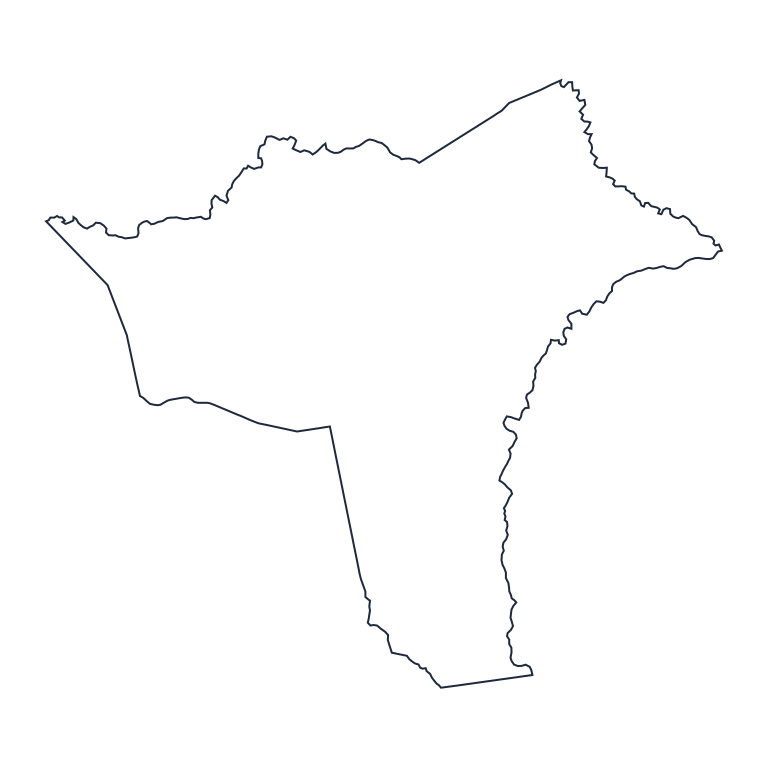 the district of Brumado, Bahia, Brazil
{"feature_id": "56859067B23298098708687", "entity_name": "Brumado", "entity_type": "district", "adm_level": 2, "iso_a3": "BRA", "parent_name": "Brazil", "parent_adm1": "Bahia", "projection": "natural_earth1", "projection_center": [-41.652, -14.215], "detail": "fine", "context": "isolated", "style": "outline", "palette": "slate", "viewbox_px": 768, "rotation_deg": 0, "n_neighbors": 0, "source": "geoboundaries", "source_scale": "gbopen_adm2", "svg_char_len": 5972}
<svg xmlns="http://www.w3.org/2000/svg" viewBox="0 0 768 768"><path d="M667.0,267.9L670.6,268.3L673.2,268.8L676.7,268.4L681.2,266.1L685.3,262.2L689.7,259.7L695.2,258.1L698.6,257.9L701.8,258.4L705.3,258.9L709.6,259.1L713.1,258.1L715.5,254.9L718.1,251.5L721.9,250.7L720.4,247.7L718.9,244.5L715.6,245.5L713.5,243.7L714.2,240.7L711.7,237.4L708.5,236.3L705.8,236.0L701.9,235.2L699.6,234.1L697.7,231.1L696.0,227.1L692.0,224.0L689.4,220.0L686.7,217.9L683.1,215.9L678.3,218.2L675.7,217.6L673.0,216.4L670.3,213.7L670.0,209.1L666.4,208.2L663.4,209.7L661.4,214.2L658.2,213.4L659.8,209.5L657.5,207.7L654.9,207.0L651.1,206.1L648.3,202.9L645.2,203.0L643.9,206.6L641.4,205.5L639.9,201.3L636.7,199.1L634.8,196.8L634.2,193.6L631.3,193.4L629.1,191.3L626.0,189.7L625.5,186.7L621.6,186.2L618.5,186.4L615.2,186.4L613.1,184.1L614.7,180.6L612.6,178.7L609.7,177.4L606.1,176.5L606.6,171.9L606.8,167.7L602.9,168.0L598.7,167.7L594.3,164.3L594.9,161.2L597.0,158.0L593.0,154.6L590.8,152.4L592.1,148.4L591.5,144.6L589.0,141.1L590.0,137.5L591.6,134.1L587.9,134.1L584.4,132.1L586.3,129.8L588.8,126.3L590.4,122.4L587.5,121.6L584.3,121.5L581.3,118.8L583.1,114.8L579.6,111.4L582.1,108.5L585.3,104.9L584.4,99.9L579.6,100.9L576.9,97.5L579.0,93.6L578.6,90.2L572.9,90.5L572.3,86.1L572.1,82.2L568.5,82.2L563.9,87.1L561.4,86.1L560.2,83.2L561.0,80.3L552.2,84.2L540.9,89.8L509.1,103.0L501.7,110.7L496.7,113.8L494.4,115.4L419.2,162.8L415.5,160.2L412.3,159.2L409.3,158.5L405.3,158.7L401.4,159.2L399.5,157.3L397.0,156.1L393.4,154.8L390.1,152.4L387.5,147.8L385.4,145.9L381.7,143.0L378.2,142.2L375.3,140.9L372.6,140.0L369.3,139.5L366.1,140.9L362.1,143.8L359.1,145.9L355.9,146.9L353.4,148.4L349.9,148.5L346.4,148.4L343.5,149.7L341.1,151.6L338.1,152.8L334.1,152.9L330.3,151.4L326.4,148.8L325.4,143.6L322.7,145.7L319.7,148.8L316.7,151.7L312.7,154.5L309.5,151.9L304.3,150.3L300.3,152.0L296.2,150.2L292.7,148.6L294.5,145.1L296.2,140.6L294.1,138.3L290.5,136.8L287.4,139.7L283.3,138.3L279.6,139.9L274.8,137.5L271.5,136.3L266.9,136.7L265.3,140.6L264.5,144.3L260.3,146.2L258.9,149.7L258.3,154.0L258.3,158.0L261.1,158.3L262.1,161.1L262.4,164.3L261.1,167.4L258.4,167.4L254.1,168.9L250.4,167.2L248.1,165.7L246.6,168.5L243.8,168.4L241.8,171.6L239.1,175.6L236.4,178.2L233.8,181.1L232.2,184.3L231.6,187.5L228.0,190.8L226.5,195.7L228.3,200.1L226.5,202.9L223.6,201.1L219.9,199.7L217.6,197.1L215.0,195.7L211.6,200.2L211.5,203.8L212.3,207.5L209.9,210.3L210.4,214.5L209.7,218.1L205.7,219.2L203.2,218.4L200.9,216.8L197.1,217.4L193.3,218.2L190.5,217.9L187.6,219.0L184.1,219.1L179.5,218.1L176.6,217.3L173.4,217.6L170.5,217.6L166.9,218.2L162.8,221.0L158.0,222.0L154.5,223.7L151.2,224.3L149.2,222.6L147.0,221.0L144.3,221.6L141.8,222.9L139.2,225.0L138.1,228.1L138.5,233.2L137.2,236.5L134.7,237.2L131.6,237.7L128.0,238.1L125.0,238.4L121.7,237.2L118.4,236.7L115.5,235.2L113.0,235.5L108.7,235.2L106.0,232.5L106.5,228.6L103.7,225.5L100.3,223.2L95.8,222.7L93.2,225.4L89.7,226.9L87.1,228.6L83.8,227.4L80.9,225.2L78.4,222.9L76.3,219.1L73.5,217.1L73.4,220.5L69.3,222.5L65.5,223.9L62.4,222.0L64.8,220.6L62.0,217.4L59.2,217.4L57.0,216.0L54.4,217.6L50.3,217.6L48.8,220.2L46.1,221.3L107.6,285.1L126.8,335.1L127.7,339.5L130.5,352.4L135.2,374.7L137.2,383.9L140.0,396.0L143.3,397.9L146.5,400.9L150.0,403.9L154.3,404.8L157.9,405.2L160.5,404.7L164.0,402.6L167.4,400.7L169.9,399.9L173.6,399.2L177.7,398.5L181.7,397.8L185.5,397.4L188.8,397.7L191.8,399.7L194.3,401.9L197.7,402.8L201.2,402.8L207.4,402.8L210.1,403.3L215.7,405.5L223.0,408.6L225.7,409.7L237.3,414.6L240.9,416.0L250.8,420.3L254.3,421.7L258.5,423.3L266.9,425.0L297.0,431.5L313.0,429.1L320.3,428.0L325.2,427.2L329.9,426.5L335.6,454.9L354.4,547.8L357.1,561.0L358.7,569.1L359.5,573.3L360.8,578.7L365.4,591.6L365.4,597.0L367.9,599.1L370.0,600.7L369.6,603.8L369.3,606.7L370.0,610.4L369.4,614.1L368.8,618.3L367.8,622.7L370.4,625.5L373.6,625.0L377.2,625.6L380.8,628.7L385.0,631.7L388.1,635.0L387.8,640.0L389.2,644.5L391.8,652.7L406.9,655.8L409.4,659.3L412.3,661.6L414.9,663.4L418.5,664.5L420.2,667.7L422.6,668.7L425.7,668.2L426.7,671.2L430.1,673.9L432.0,677.8L434.6,681.2L436.6,683.6L438.9,685.2L441.0,687.7L456.8,685.6L532.4,675.0L531.4,670.3L529.7,666.8L525.6,664.7L521.6,665.9L517.8,666.0L514.1,664.6L511.7,661.2L510.5,657.8L511.5,652.5L511.4,647.8L509.2,644.0L509.2,639.5L507.0,636.2L507.7,633.0L511.0,629.8L513.0,626.1L511.7,621.4L510.5,617.7L511.0,613.7L511.5,609.6L513.3,606.0L516.3,602.4L514.2,600.1L511.7,598.3L510.9,594.9L509.3,591.4L509.1,588.1L508.4,583.0L505.9,578.1L505.9,572.6L504.4,568.5L502.5,564.7L501.5,560.2L501.9,554.5L503.8,550.7L502.7,546.8L503.4,542.7L506.2,539.2L507.8,534.8L506.2,530.5L507.5,526.0L507.0,521.9L504.7,520.0L505.5,516.6L504.3,513.7L505.1,510.9L503.9,508.2L505.5,505.8L507.3,502.4L509.2,497.7L512.1,493.8L510.8,490.3L507.3,487.3L504.8,484.3L502.1,482.2L499.4,480.5L500.1,476.9L501.7,473.8L502.9,470.9L505.1,466.9L507.0,463.9L508.4,460.8L510.0,458.0L510.6,453.6L508.9,449.6L512.7,445.9L514.6,441.8L516.7,438.3L515.9,434.6L513.3,431.8L509.5,430.7L506.5,428.7L504.5,425.9L503.5,422.8L505.2,419.2L506.8,416.4L510.8,417.1L515.2,418.7L519.1,419.9L521.0,416.7L521.6,413.4L522.7,410.7L525.3,408.0L528.7,407.8L528.0,402.8L526.1,397.9L527.0,394.5L529.2,393.1L532.4,390.3L533.5,385.8L533.1,381.6L535.3,377.9L535.1,374.3L535.8,371.1L535.0,367.9L536.7,365.0L539.7,361.6L541.4,358.0L543.4,355.6L545.8,353.5L546.9,350.4L548.0,346.5L550.5,343.4L551.0,339.8L554.8,340.6L558.8,340.2L559.0,343.2L562.0,344.8L565.5,343.6L566.2,339.3L563.8,335.9L563.3,332.4L564.6,328.8L567.5,327.5L571.4,328.8L571.4,323.8L568.4,320.0L567.5,316.9L569.7,314.1L573.2,312.9L576.4,311.4L579.9,310.3L582.2,313.7L586.8,314.7L589.4,311.4L591.1,307.8L593.6,304.1L596.4,301.3L600.1,301.7L603.4,302.9L605.9,300.3L607.3,296.5L609.3,293.5L612.0,291.0L612.0,287.1L613.4,284.0L616.1,281.8L619.7,280.3L621.9,278.6L624.4,276.5L626.9,275.2L629.5,274.1L633.5,273.0L637.1,271.3L641.4,270.6L645.8,268.8L648.7,267.8L653.1,268.6L656.9,267.9L660.8,266.7L663.7,266.2L667.0,267.9Z" fill="none" stroke="#1e293b" stroke-width="2"/></svg>